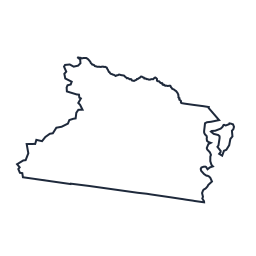 King, Washington, United States of America (Natural Earth projection), rotated 188°
{"feature_id": "52423323B35530413742416", "entity_name": "King", "entity_type": "district", "adm_level": 2, "iso_a3": "USA", "parent_name": "United States of America", "parent_adm1": "Washington", "projection": "natural_earth1", "projection_center": [-121.9, 47.433], "detail": "fine", "context": "isolated", "style": "outline", "palette": "slate", "viewbox_px": 256, "rotation_deg": 188, "n_neighbors": 0, "source": "geoboundaries", "source_scale": "gbopen_adm2", "svg_char_len": 3783}
<svg xmlns="http://www.w3.org/2000/svg" viewBox="0 0 256 256"><g transform="rotate(188 128 128)"><path d="M188.1,191.1L184.9,189.2L184.1,185.5L186.1,182.8L190.3,181.2L194.5,182.8L199.1,181.7L199.9,179.9L197.0,175.2L198.6,172.8L197.0,168.3L190.2,166.0L190.8,163.1L193.8,161.9L194.4,159.5L193.6,155.7L183.5,154.1L181.2,154.2L180.4,151.3L178.8,150.7L180.7,145.9L178.7,144.3L175.6,139.8L179.7,139.1L181.3,135.9L181.2,130.2L183.5,129.5L187.2,127.7L188.1,124.0L193.9,120.0L199.0,118.3L201.7,112.3L204.6,111.4L208.6,107.6L211.3,103.0L217.1,103.5L217.7,99.3L226.1,98.0L223.2,89.1L224.9,81.9L227.2,81.3L232.8,76.7L229.8,74.0L230.9,72.1L228.8,68.6L226.4,68.6L225.2,64.6L177.0,64.5L176.9,64.9L158.5,65.2L109.4,65.2L100.2,65.5L95.7,65.4L75.1,65.3L66.4,65.2L64.1,65.2L60.2,65.1L56.4,65.1L53.5,65.1L52.1,65.0L42.3,65.0L42.5,66.0L44.6,68.5L44.2,70.3L45.6,73.9L45.1,76.2L44.8,77.0L44.5,77.5L42.7,78.9L41.2,81.1L40.6,82.8L37.4,86.7L39.6,90.2L41.1,91.3L42.6,91.8L43.7,91.7L46.3,93.0L49.6,95.8L49.7,96.0L50.3,97.6L49.8,99.1L49.6,99.2L47.7,100.2L45.9,100.5L45.2,100.2L43.5,98.2L41.4,100.4L38.6,101.8L40.2,103.1L41.9,106.6L42.5,111.2L42.1,112.9L43.5,115.3L46.6,117.8L47.2,119.1L46.2,123.2L44.0,124.8L46.3,125.3L47.1,125.7L48.0,126.3L48.6,128.4L48.6,129.8L49.1,131.1L50.9,132.4L51.9,133.9L52.2,135.5L52.3,140.4L52.4,143.4L50.6,144.7L46.7,145.7L38.9,148.5L50.9,159.0L50.9,160.0L51.4,160.0L56.6,160.1L66.0,160.0L66.5,160.0L68.0,160.0L70.6,160.0L75.3,160.0L78.3,160.1L79.0,160.4L79.2,160.8L79.2,161.2L79.2,161.9L79.6,162.4L80.6,163.0L81.1,163.2L81.3,163.9L81.1,164.2L81.2,164.7L81.5,164.8L81.9,164.9L82.4,165.5L82.3,166.0L82.4,166.6L82.7,167.2L82.8,168.0L83.4,168.9L84.1,169.9L84.9,170.6L85.4,171.2L86.4,171.6L87.6,172.4L89.0,172.8L89.9,173.1L90.3,173.8L91.2,174.4L91.5,175.2L92.0,175.7L92.7,175.7L93.1,175.5L94.0,175.3L94.8,175.1L95.9,175.3L96.9,175.0L97.8,175.3L98.0,175.8L99.0,175.9L99.3,175.6L99.9,175.9L99.9,176.2L100.1,176.9L100.7,177.3L101.2,177.0L101.9,177.1L102.7,177.6L103.0,178.1L103.9,178.6L104.6,178.4L105.9,178.9L106.2,180.7L107.5,181.6L108.1,181.8L108.9,181.2L109.3,180.6L109.9,179.8L111.3,179.7L112.2,179.4L112.8,179.0L114.0,178.8L115.3,179.1L116.5,179.0L116.8,179.3L117.6,179.5L118.0,179.3L118.7,179.3L118.9,179.8L119.5,180.2L119.9,180.1L120.9,180.5L121.5,180.8L122.4,180.7L122.7,180.3L123.1,179.6L124.0,179.0L124.9,178.1L125.9,177.8L126.2,177.1L127.0,176.5L127.9,176.0L128.5,175.5L128.9,175.5L129.5,175.5L130.3,175.6L130.9,175.7L131.5,176.7L132.3,176.8L133.2,176.5L133.9,176.9L134.5,177.2L135.3,177.4L135.6,177.2L136.0,177.1L136.2,177.4L137.6,178.1L138.3,178.6L139.1,179.3L140.1,179.4L141.7,179.4L142.8,179.5L143.9,179.7L144.5,179.6L145.2,179.0L145.9,178.7L146.7,178.5L147.0,178.1L147.6,177.8L148.0,178.1L148.7,178.4L149.4,178.7L150.2,178.7L151.2,179.1L151.9,179.1L152.5,179.3L153.0,179.5L153.7,180.2L154.0,180.7L154.8,180.9L155.4,181.9L156.0,182.8L156.7,183.6L157.2,184.3L157.4,184.8L158.0,185.0L158.8,185.3L159.2,185.4L159.8,185.2L160.2,185.1L160.9,185.3L161.6,185.2L162.2,185.2L162.7,184.9L163.4,184.7L164.5,184.6L165.2,184.7L166.2,184.4L167.3,184.4L168.0,184.6L168.8,184.6L169.5,184.7L169.9,185.2L170.2,185.5L171.1,185.7L171.6,185.9L171.9,185.8L172.4,185.9L172.6,186.2L173.1,186.7L173.7,187.0L174.0,187.3L174.3,187.9L174.6,188.4L175.4,189.1L176.2,189.8L177.3,190.7L178.3,191.1L178.8,191.5L180.5,191.3L181.9,191.1L182.9,190.7L183.6,190.5L184.5,190.9L186.3,190.8L187.8,191.0L188.1,191.1ZM23.5,141.5L23.2,143.9L24.5,146.2L26.5,146.6L28.2,146.7L28.5,145.8L31.6,144.1L33.3,144.5L33.8,144.3L34.6,142.2L36.1,140.3L41.3,137.4L44.7,136.7L45.4,136.0L42.3,134.1L37.7,133.6L36.2,132.6L35.9,130.9L36.0,123.3L36.8,121.8L33.0,118.1L33.0,116.9L34.1,115.1L30.9,113.7L29.8,118.8L27.6,120.1L25.4,125.0L25.1,131.4L23.4,134.2L24.7,139.7L23.5,141.5Z" fill="none" stroke="#1e293b" stroke-width="2"/></g></svg>